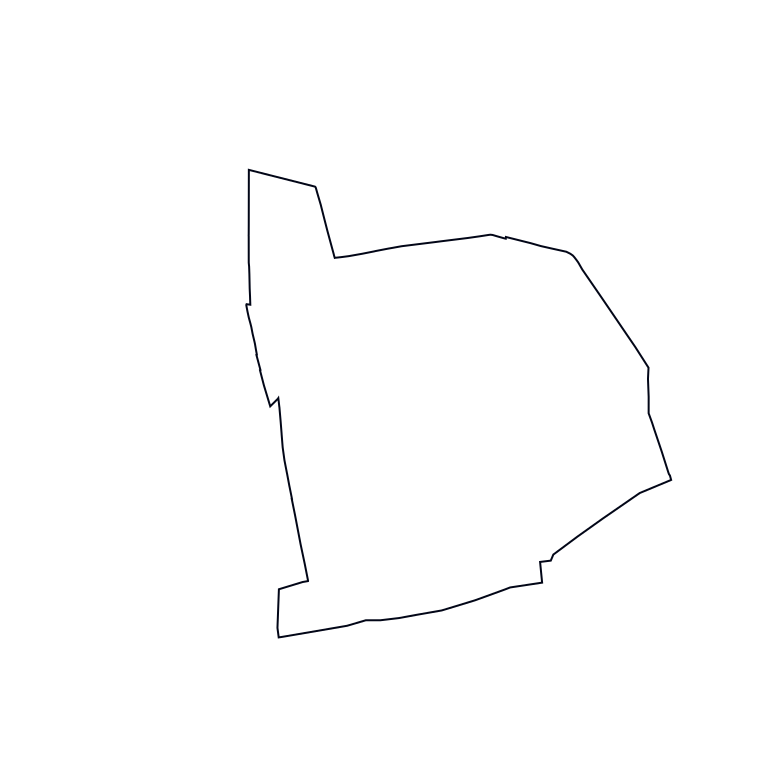 Tlaltenango, Puebla, Mexico, rotated 326°
{"feature_id": "50627088B74613922944869", "entity_name": "Tlaltenango", "entity_type": "district", "adm_level": 2, "iso_a3": "MEX", "parent_name": "Mexico", "parent_adm1": "Puebla", "projection": "albers", "projection_center": [-98.344, 19.163], "detail": "fine", "context": "isolated", "style": "outline", "palette": "ink", "viewbox_px": 768, "rotation_deg": 326, "n_neighbors": 0, "source": "geoboundaries", "source_scale": "gbopen_adm2", "svg_char_len": 1846}
<svg xmlns="http://www.w3.org/2000/svg" viewBox="0 0 768 768"><g transform="rotate(326 384 384)"><path d="M155.0,535.2L158.6,536.9L218.2,563.8L236.8,569.7L249.0,577.9L265.5,586.4L282.4,593.8L305.2,604.0L338.4,614.2L369.5,622.0L374.8,623.2L379.0,625.2L404.0,637.1L413.9,618.8L423.5,623.7L429.0,620.1L459.1,618.7L489.9,617.9L535.1,617.4L568.4,624.1L569.9,619.7L569.8,618.3L570.2,616.6L575.5,598.6L576.3,595.9L582.7,572.6L584.4,566.7L584.6,566.0L586.6,558.0L587.0,556.3L596.2,542.7L605.7,527.4L612.4,518.4L613.0,494.0L612.9,478.6L612.8,453.1L612.7,432.6L612.4,400.0L613.0,391.7L612.9,388.6L612.7,385.3L612.4,383.1L611.3,380.2L609.1,376.3L599.3,366.0L591.2,357.4L584.3,349.2L567.3,330.3L566.2,331.6L565.0,330.3L560.1,324.5L557.4,321.2L555.9,319.9L554.9,319.3L546.2,315.2L535.1,309.8L510.7,297.4L506.3,295.2L475.6,279.6L469.0,276.7L467.6,276.1L463.4,274.2L451.2,269.0L450.1,268.6L438.9,263.9L426.3,258.3L419.3,254.8L415.3,252.7L414.0,252.0L413.7,251.9L414.5,249.3L414.8,248.6L422.7,225.4L426.9,213.6L431.4,201.1L431.7,200.3L435.6,188.0L437.0,183.8L437.3,182.7L437.2,181.9L437.0,181.6L405.7,146.6L391.7,130.9L361.3,175.8L355.3,184.6L355.1,184.8L354.3,186.1L339.7,207.8L337.8,211.3L333.8,217.7L330.9,222.2L328.0,226.7L326.0,229.8L321.9,236.5L317.5,243.5L314.7,241.0L314.0,241.5L313.1,243.5L311.3,247.7L309.1,253.2L307.0,259.4L305.8,262.7L303.1,269.0L301.9,272.2L300.2,276.7L299.4,278.7L297.0,284.0L295.0,288.6L294.5,288.5L289.4,303.3L288.9,303.2L283.7,317.9L277.2,338.9L287.7,336.9L288.5,336.6L288.2,337.2L284.5,344.3L284.4,344.6L278.0,356.1L277.9,356.3L271.4,367.8L271.2,368.1L264.6,379.8L258.9,391.4L258.8,391.6L253.7,403.6L253.6,403.9L248.4,415.9L248.3,416.2L243.5,427.7L243.3,427.6L236.9,443.0L225.2,470.3L217.7,488.8L211.0,504.7L210.8,504.9L205.9,502.7L182.1,495.4L159.3,526.6L155.0,535.2Z" fill="none" stroke="#020617" stroke-width="2"/></g></svg>